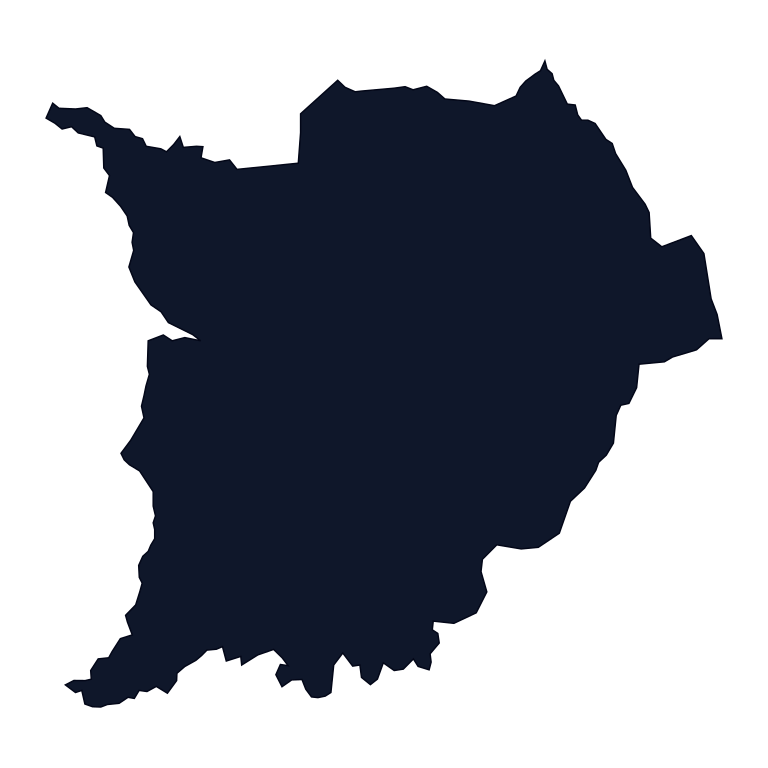 Unistalda, Rio Grande do Sul, Brazil
{"feature_id": "56859067B40505313665308", "entity_name": "Unistalda", "entity_type": "district", "adm_level": 2, "iso_a3": "BRA", "parent_name": "Brazil", "parent_adm1": "Rio Grande do Sul", "projection": "mercator", "projection_center": [-55.195, -29.075], "detail": "fine", "context": "isolated", "style": "filled", "palette": "ink", "viewbox_px": 768, "rotation_deg": 0, "n_neighbors": 0, "source": "geoboundaries", "source_scale": "gbopen_adm2", "svg_char_len": 2670}
<svg xmlns="http://www.w3.org/2000/svg" viewBox="0 0 768 768"><path d="M52.7,103.2L46.1,118.1L54.9,123.2L62.1,129.0L71.6,126.7L78.2,132.9L94.7,136.9L96.9,145.9L103.2,148.1L103.8,168.0L109.5,175.6L105.6,192.5L112.5,197.3L120.6,206.3L127.2,216.0L129.2,225.4L133.5,232.6L132.1,242.3L133.7,250.4L128.9,267.0L134.9,281.9L151.0,304.9L161.1,311.8L168.4,322.6L192.7,334.6L200.7,340.8L184.8,337.6L172.2,340.8L163.3,335.0L148.2,340.8L147.4,366.4L149.4,374.3L146.0,386.0L144.1,395.3L141.5,406.2L144.0,417.9L130.7,440.3L121.0,453.3L124.2,459.8L129.5,464.8L139.6,470.9L153.2,491.6L153.2,506.1L155.5,515.9L153.2,522.8L154.7,529.5L154.7,538.7L150.8,545.2L148.2,551.4L142.8,556.3L138.7,565.4L139.3,577.4L142.2,583.1L139.9,591.5L135.7,604.9L125.6,615.3L127.4,621.9L132.3,634.9L120.4,638.6L112.1,651.6L108.7,657.8L98.2,658.9L90.7,670.5L91.3,679.2L85.2,680.6L73.9,680.5L65.4,684.9L75.5,692.5L81.8,690.4L84.9,704.0L92.5,706.7L100.8,707.0L107.3,704.5L119.1,703.3L128.0,697.3L134.3,698.4L139.1,690.4L147.0,691.5L156.3,686.4L167.4,693.2L176.6,680.6L176.9,673.3L184.8,666.5L195.9,660.3L201.6,655.5L206.9,650.1L216.4,649.2L222.5,646.6L226.3,661.0L240.8,656.4L241.7,665.0L257.8,654.9L273.6,649.4L282.2,657.8L288.2,665.7L280.4,664.5L275.9,674.7L282.0,686.7L291.7,679.9L302.0,679.5L305.8,689.2L311.5,696.9L317.9,697.6L325.2,696.1L330.9,692.5L333.7,665.0L342.8,653.0L352.7,666.1L359.9,665.0L361.5,677.4L370.4,684.6L377.4,679.1L383.3,662.8L394.2,670.5L403.3,669.1L413.4,658.9L418.1,666.4L429.1,669.8L431.1,662.1L430.1,653.8L439.2,643.0L437.8,633.5L432.3,629.8L433.2,621.1L453.9,623.3L476.2,612.8L486.8,591.9L481.0,571.6L482.4,559.3L496.8,544.8L521.2,548.9L538.3,547.3L559.3,533.2L570.4,501.3L584.5,488.0L595.8,470.3L598.6,462.3L606.3,455.1L613.4,443.1L616.2,415.4L620.8,405.2L628.9,403.4L636.6,387.7L639.0,364.2L664.4,361.8L672.5,357.0L696.5,349.8L709.0,338.7L721.9,338.7L717.1,314.5L711.1,298.8L703.9,253.6L691.3,235.6L661.8,246.8L650.7,238.1L649.1,212.5L645.1,204.2L632.5,187.4L625.8,170.2L615.6,153.6L612.2,143.5L605.9,139.4L595.1,123.5L587.9,120.2L581.5,120.2L577.7,114.9L575.2,105.0L567.3,104.1L558.5,85.9L553.8,80.3L552.1,73.7L547.1,69.3L544.9,61.0L540.5,70.7L535.1,74.1L525.8,81.0L520.2,87.3L516.1,96.0L494.5,105.7L469.0,101.1L444.9,99.0L437.4,92.4L426.7,86.3L413.1,89.8L405.1,86.7L394.2,88.2L361.3,91.1L355.2,91.8L345.0,87.3L337.7,80.3L300.6,113.8L300.6,132.6L298.3,163.2L237.0,169.4L229.5,159.9L214.8,162.5L201.0,157.8L202.9,146.7L196.5,146.3L183.3,147.4L179.8,136.6L173.7,144.5L166.5,151.8L160.8,148.8L146.2,146.3L142.5,138.7L135.1,136.6L129.5,129.4L114.3,128.3L104.8,122.1L100.8,115.6L87.1,107.7L75.5,109.0L59.0,108.3L52.7,103.2Z" fill="#0f172a" stroke="#020617" stroke-width="1.5"/></svg>